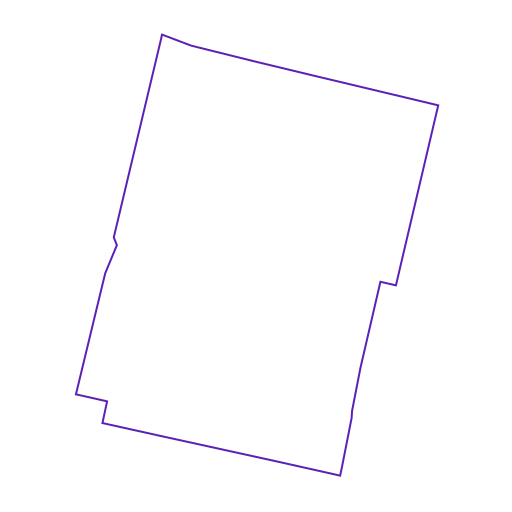 Licking, Ohio, United States of America (Natural Earth projection), rotated 100°
{"feature_id": "52423323B76437525910289", "entity_name": "Licking", "entity_type": "district", "adm_level": 2, "iso_a3": "USA", "parent_name": "United States of America", "parent_adm1": "Ohio", "projection": "natural_earth1", "projection_center": [-82.441, 40.095], "detail": "fine", "context": "isolated", "style": "outline", "palette": "violet", "viewbox_px": 512, "rotation_deg": 100, "n_neighbors": 0, "source": "geoboundaries", "source_scale": "gbopen_adm2", "svg_char_len": 424}
<svg xmlns="http://www.w3.org/2000/svg" viewBox="0 0 512 512"><g transform="rotate(100 256 256)"><path d="M269.5,394.9L299.2,401.5L423.5,409.3L425.0,377.4L447.2,378.2L449.8,318.7L454.9,195.5L457.7,135.0L448.9,134.7L399.0,133.7L391.8,134.5L347.8,133.7L259.8,129.0L260.6,113.1L76.0,102.7L68.4,230.1L64.5,293.1L60.1,356.3L54.3,387.0L60.8,387.3L262.3,399.3L269.5,394.9Z" fill="none" stroke="#5b21b6" stroke-width="2"/></g></svg>